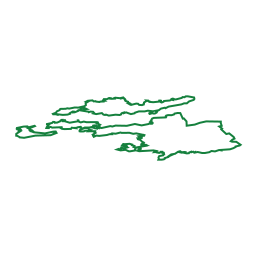 outline of Ålesund nor, Møre og Romsdal, Norway
{"feature_id": "86288312B66983801026495", "entity_name": "Ålesund nor", "entity_type": "district", "adm_level": 2, "iso_a3": "NOR", "parent_name": "Norway", "parent_adm1": "Møre og Romsdal", "projection": "robinson", "projection_center": [6.304, 62.469], "detail": "fine", "context": "isolated", "style": "outline", "palette": "green", "viewbox_px": 256, "rotation_deg": 0, "n_neighbors": 0, "source": "geoboundaries", "source_scale": "gbopen_adm2", "svg_char_len": 5887}
<svg xmlns="http://www.w3.org/2000/svg" viewBox="0 0 256 256"><path d="M139.2,151.2L153.4,150.4L155.5,150.8L154.3,151.3L154.7,151.7L154.3,152.1L156.7,151.9L157.3,152.1L157.1,152.5L159.2,152.9L160.1,152.3L162.2,152.7L161.6,151.8L163.1,151.8L162.2,152.1L163.8,152.7L164.1,154.2L163.3,154.2L163.2,155.3L159.2,156.1L158.5,157.4L158.8,158.8L158.4,159.7L161.6,159.7L163.9,159.3L164.9,158.6L164.8,158.1L168.2,157.0L168.1,156.6L171.0,155.3L170.2,155.1L171.2,154.4L175.0,153.8L178.0,151.8L180.1,151.2L180.4,151.4L179.2,152.1L181.9,152.7L182.8,152.1L185.0,152.0L185.3,152.1L184.5,152.9L186.8,153.4L188.9,153.2L189.2,152.5L191.2,151.7L191.4,152.2L193.3,151.7L194.1,152.4L194.9,152.1L194.8,152.6L197.7,152.0L202.1,153.0L204.9,153.0L209.3,152.2L211.5,151.0L215.0,151.4L219.2,150.0L221.4,150.4L221.3,149.9L230.0,149.3L233.3,148.2L235.6,147.0L235.6,146.5L239.7,145.5L240.6,144.8L236.3,141.8L232.0,141.7L230.8,141.2L232.3,139.7L234.5,138.6L233.7,137.0L229.2,133.4L226.3,134.0L221.3,129.4L222.1,128.6L219.3,126.5L221.7,125.8L220.8,123.2L220.8,121.6L206.2,121.4L199.8,122.8L194.8,124.6L186.7,125.7L186.5,121.4L183.8,118.4L182.8,118.6L180.3,113.1L177.6,113.0L174.5,113.6L174.1,114.4L171.5,115.2L168.1,115.1L166.2,115.6L165.8,116.1L166.2,116.9L165.9,117.4L153.8,117.9L152.1,118.6L151.3,120.0L151.6,120.2L151.4,121.1L150.7,121.4L152.4,122.5L152.7,123.0L152.3,123.6L150.1,123.2L150.2,123.6L149.5,123.4L148.7,124.0L141.6,125.4L134.9,124.0L126.9,125.8L115.5,125.6L112.4,126.5L110.3,126.1L101.6,128.0L98.1,127.5L98.4,128.1L97.0,127.9L97.0,128.6L94.2,128.1L94.0,127.6L91.0,127.4L87.9,128.1L85.4,127.9L80.1,129.7L79.5,130.7L79.6,131.3L80.8,131.5L83.8,131.4L85.4,130.7L88.4,130.6L88.9,129.8L90.7,130.1L89.0,131.3L95.3,131.2L95.2,131.8L94.4,132.1L95.5,132.9L92.9,134.6L93.3,134.9L93.2,135.4L94.7,135.5L93.3,135.9L93.8,136.8L96.3,135.6L99.2,135.9L106.9,135.0L109.6,134.2L111.7,134.2L111.4,133.7L112.0,133.4L115.7,133.7L120.5,132.5L121.7,132.9L129.4,132.8L133.2,133.8L136.3,133.4L144.4,135.1L144.2,135.7L138.5,136.2L139.5,137.2L140.4,137.2L141.3,136.5L141.1,137.0L141.8,137.2L141.7,138.0L137.5,138.3L137.9,139.2L140.4,139.9L141.9,141.6L143.6,142.5L142.7,143.2L143.8,143.2L143.8,143.6L143.0,144.3L141.3,144.5L141.3,145.3L146.0,144.8L146.7,145.2L143.5,145.4L144.8,146.0L138.3,147.1L138.6,148.0L141.6,148.8L140.5,148.9L140.2,149.8L138.3,150.0L137.3,150.7L139.2,151.2ZM194.4,98.9L194.1,97.5L187.7,96.3L185.6,96.4L184.6,97.2L182.5,97.1L181.8,97.9L176.0,99.4L173.9,99.5L173.8,98.9L172.8,98.6L171.8,98.9L172.4,99.9L171.3,99.7L169.9,100.5L164.0,101.0L163.6,101.7L161.7,102.5L160.9,102.2L161.0,100.7L160.7,100.6L159.2,100.6L159.0,101.6L153.3,102.2L149.5,101.9L149.5,101.4L148.2,101.1L148.1,100.6L146.5,100.5L146.8,100.8L144.0,102.5L144.0,103.5L143.5,104.0L143.7,104.5L142.0,105.1L139.1,104.9L138.1,103.8L136.2,103.6L131.1,104.9L130.3,104.7L128.1,103.4L129.3,103.1L128.3,102.6L128.1,101.8L125.4,100.9L124.8,99.8L125.4,99.8L125.2,99.3L123.7,97.9L121.8,98.3L122.1,97.7L120.0,98.2L115.2,97.7L114.4,98.0L114.7,98.6L111.8,98.8L109.4,98.6L109.9,98.1L109.1,98.0L106.8,99.2L103.9,99.1L102.8,100.7L104.1,100.2L104.9,100.8L101.8,101.1L103.7,101.0L103.7,101.5L100.2,101.6L99.5,102.0L96.0,101.6L95.6,101.2L93.7,101.4L92.5,100.4L87.7,100.8L86.4,101.5L87.8,101.8L85.6,103.1L85.9,105.1L84.5,106.2L78.3,107.6L74.7,107.5L69.2,108.6L67.3,108.3L65.6,108.8L60.7,108.9L60.0,109.2L59.6,110.1L56.8,111.4L56.0,112.7L52.9,113.9L53.2,114.3L57.4,114.2L58.0,114.5L57.3,114.7L58.0,114.9L58.6,114.4L62.7,114.9L67.5,114.6L70.0,113.8L69.8,113.2L72.8,111.5L73.7,111.6L73.4,112.4L74.7,112.3L77.9,111.0L77.8,110.7L78.4,110.2L80.2,110.2L80.7,109.5L80.5,109.0L81.8,107.9L84.8,108.1L86.6,109.0L83.7,109.3L82.6,110.2L80.6,110.0L80.5,110.4L88.5,111.7L88.8,112.2L90.3,111.6L93.1,111.8L94.0,112.8L93.5,113.4L94.0,113.2L93.5,113.5L96.2,114.1L101.9,113.1L103.4,114.6L105.1,115.0L105.9,114.6L108.8,115.6L115.5,114.7L119.6,115.0L121.2,114.4L121.3,113.6L121.9,113.1L124.0,112.5L124.0,113.1L126.1,112.4L130.9,114.1L134.6,113.3L134.9,112.7L138.9,111.4L144.7,111.4L147.8,110.7L152.9,111.3L149.3,113.3L149.6,113.9L150.9,113.7L152.1,112.7L153.0,113.5L154.9,113.5L156.6,112.6L157.1,111.7L155.1,110.9L158.8,110.2L161.0,108.6L164.9,107.7L165.5,108.2L168.6,106.6L181.4,104.4L184.2,103.3L186.9,103.3L189.1,101.4L193.7,99.9L194.4,98.9ZM63.6,119.8L61.5,119.9L60.5,120.6L60.4,121.2L57.1,122.6L54.7,122.7L54.5,122.0L53.1,121.9L52.0,123.0L46.2,124.2L48.8,124.9L46.8,127.0L46.4,128.0L49.7,128.1L47.6,127.6L50.6,126.9L52.1,127.6L61.7,127.2L61.8,127.8L60.6,128.0L61.9,128.8L64.3,129.1L71.0,128.9L71.7,127.7L76.0,128.2L75.8,127.9L76.8,127.9L76.4,127.8L77.6,127.3L80.8,126.8L81.3,126.9L79.2,127.3L81.3,127.5L81.6,128.2L81.2,128.2L81.3,128.5L82.2,128.7L84.8,127.5L89.4,127.5L93.9,126.6L94.7,125.9L92.3,125.8L94.3,125.4L96.0,125.4L95.8,126.1L98.2,126.2L99.0,126.0L98.7,125.7L100.0,124.8L97.0,123.3L98.1,123.0L97.8,122.3L96.8,122.1L86.5,122.2L83.8,121.6L80.7,122.4L79.0,121.7L78.4,120.3L78.1,120.3L78.5,121.2L69.7,122.7L64.6,121.2L65.1,120.5L64.9,120.1L64.1,120.3L63.6,121.2L62.6,121.2L62.4,120.5L63.6,119.8ZM23.5,126.6L16.9,128.0L16.7,128.9L17.2,129.4L20.5,129.3L20.8,129.7L19.0,130.2L18.7,131.0L20.2,131.3L16.3,133.8L16.2,135.5L15.4,135.7L17.2,135.8L19.7,137.2L19.0,137.3L24.1,137.8L35.5,135.6L50.6,135.2L54.8,133.6L53.9,133.4L55.4,132.2L56.1,132.2L55.7,131.5L53.4,131.6L45.0,133.4L33.9,132.3L32.3,131.7L33.1,131.4L30.4,131.2L30.2,130.6L32.3,130.6L31.7,130.1L29.5,130.1L29.3,129.3L30.9,129.0L28.9,128.4L34.9,126.1L34.6,125.8L28.8,127.3L27.3,127.0L27.8,126.7L27.4,126.4L23.5,126.6ZM123.8,144.0L123.1,144.1L121.9,145.7L125.9,146.5L127.4,147.4L124.3,148.3L121.4,147.8L120.8,148.1L121.0,149.1L119.9,149.4L118.6,148.9L117.1,149.5L120.6,150.4L125.5,149.8L128.8,151.3L130.1,151.3L134.9,150.5L135.3,149.5L135.0,149.3L135.6,147.7L137.6,147.6L133.7,147.0L134.3,145.9L131.8,145.2L131.6,144.9L131.9,144.5L129.6,143.8L125.8,144.1L126.2,144.9L123.8,144.0Z" fill="none" stroke="#15803d" stroke-width="2"/></svg>